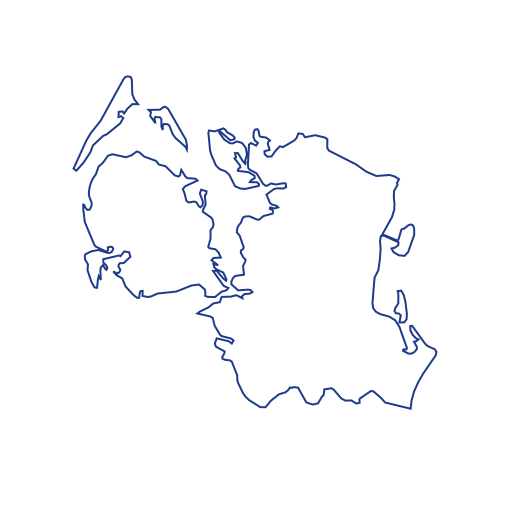 outline of Syddanmark, rotated 193°
{"feature_id": "DNK-3417", "entity_name": "Syddanmark", "entity_type": "Region", "adm_level": 1, "iso_a3": "DNK", "parent_name": "Denmark", "parent_adm1": "", "projection": "albers", "projection_center": [9.703, 55.339], "detail": "fine", "context": "isolated", "style": "outline", "palette": "blue", "viewbox_px": 512, "rotation_deg": 193, "n_neighbors": 0, "source": "natural_earth", "source_scale": "10m", "svg_char_len": 6140}
<svg xmlns="http://www.w3.org/2000/svg" viewBox="0 0 512 512"><g transform="rotate(193 256 256)"><path d="M225.5,387.0L215.3,386.9L212.8,385.9L210.8,377.1L208.4,375.0L178.9,367.7L167.9,363.1L156.8,361.0L144.0,365.0L138.8,364.7L133.9,363.0L135.1,358.9L134.1,357.2L136.1,350.5L135.0,344.4L132.9,338.3L131.7,332.1L132.3,324.3L137.7,305.6L121.4,302.8L120.8,304.8L120.3,314.2L119.4,315.4L118.1,315.7L114.3,320.4L112.1,321.6L110.0,321.1L108.1,318.4L106.6,312.3L108.6,294.3L111.2,289.6L117.0,288.8L122.8,290.7L125.7,293.8L122.3,295.5L119.8,298.6L120.2,301.4L136.0,304.6L138.8,303.5L138.6,298.9L136.1,290.6L134.5,280.2L133.6,269.8L135.6,261.5L131.9,236.1L130.0,231.4L126.6,228.6L121.6,227.3L112.5,226.9L105.9,224.7L100.4,219.3L88.3,200.4L88.4,198.7L91.3,198.2L91.4,196.7L85.6,195.2L82.5,195.9L80.1,198.0L78.4,201.3L78.8,203.6L82.8,208.1L80.7,209.0L78.9,211.3L82.0,212.0L85.7,214.5L88.8,218.2L90.0,222.4L88.2,223.1L72.0,209.0L68.7,206.9L60.7,205.3L58.6,203.1L58.6,199.5L66.7,178.9L69.5,169.6L71.5,159.6L71.9,149.8L71.0,142.0L97.3,142.3L101.5,145.4L111.3,150.6L113.8,150.2L122.6,140.6L123.0,139.5L122.0,136.4L124.9,134.8L130.5,136.7L136.5,135.2L140.9,136.4L150.4,143.4L152.8,144.1L159.4,141.4L158.8,135.7L160.2,133.5L162.4,126.4L167.4,124.0L174.1,124.7L185.4,137.2L190.1,136.7L191.5,135.4L193.3,135.6L194.5,132.6L196.5,129.9L202.5,126.4L208.9,118.4L212.7,110.8L217.8,109.7L230.5,114.1L234.8,116.8L238.2,119.9L245.1,128.6L246.1,130.4L247.6,135.7L255.9,147.7L258.1,148.4L262.9,147.9L265.5,148.4L266.2,149.8L264.9,154.2L265.1,156.0L274.2,158.5L275.7,160.0L276.4,162.0L275.7,166.9L263.1,166.8L259.9,165.2L258.9,168.7L261.8,170.0L271.6,170.2L273.4,171.3L280.5,178.6L284.3,186.0L287.1,186.8L300.2,186.8L297.9,189.5L290.8,195.2L287.0,200.1L280.8,202.9L280.5,207.4L280.0,208.5L271.4,210.7L266.3,213.4L259.8,211.8L260.7,213.4L258.7,216.3L253.6,217.9L251.3,220.1L253.7,221.6L256.3,221.4L265.7,218.5L273.6,222.9L274.2,225.6L273.6,228.9L272.0,231.8L263.5,235.1L266.4,243.4L265.2,248.3L265.4,250.1L268.2,251.9L271.5,255.7L271.9,258.1L270.0,260.0L270.0,261.8L276.6,272.3L279.9,274.6L280.5,278.6L280.0,281.4L278.1,285.3L277.7,289.2L276.9,291.0L275.1,292.2L271.0,293.2L262.9,291.7L261.0,292.2L257.7,296.6L249.4,301.0L249.4,303.1L250.6,304.9L253.0,304.9L253.0,306.6L248.9,306.4L245.3,308.4L246.7,309.4L252.4,309.9L254.3,310.8L259.6,318.2L253.6,325.2L251.0,326.6L244.6,327.9L242.1,329.8L243.3,333.2L245.0,333.3L252.9,330.1L257.6,330.1L260.8,327.1L262.4,326.6L265.4,327.9L273.9,336.6L281.5,338.7L283.4,340.1L284.5,343.6L287.9,363.1L286.3,364.9L280.7,363.6L279.6,366.6L283.0,368.2L285.3,371.4L286.1,376.3L285.5,378.8L283.4,379.9L281.8,378.8L279.8,374.3L278.6,373.2L272.8,373.7L268.4,371.7L269.7,369.8L269.9,368.3L266.6,362.4L271.3,360.0L270.5,357.2L267.2,355.3L263.3,356.5L260.6,362.9L257.5,368.2L254.2,368.2L245.0,376.8L243.1,379.8L242.3,385.0L237.8,385.4L235.0,382.7L225.5,387.0ZM418.9,322.8L404.9,323.0L399.9,326.1L395.7,331.0L392.8,330.7L387.3,327.7L374.9,326.2L371.2,323.3L364.3,323.1L353.3,316.3L349.3,316.0L348.2,317.8L348.2,323.1L342.8,317.7L340.5,316.4L332.4,317.7L329.9,316.4L340.5,308.2L342.4,304.7L339.9,301.3L336.3,294.2L333.7,293.0L328.4,295.2L326.1,294.9L323.0,291.7L321.2,290.9L319.5,293.1L319.9,296.9L324.8,304.3L324.3,308.3L318.7,307.9L318.5,304.9L319.3,304.1L319.1,302.0L317.1,296.6L316.8,294.0L318.0,289.1L317.8,287.2L308.4,283.4L306.8,282.1L304.5,277.4L304.5,274.4L306.1,270.9L304.2,262.6L304.6,254.2L303.2,253.1L297.0,253.4L293.2,250.9L289.9,246.6L297.0,244.5L298.4,241.8L290.9,238.5L295.6,238.5L294.1,235.6L291.6,234.1L284.2,232.5L279.6,226.7L279.6,225.2L283.2,226.9L291.0,232.8L294.5,231.8L280.9,219.7L275.8,218.6L276.9,216.1L281.5,213.5L286.7,206.8L294.1,205.3L296.6,205.8L297.1,209.1L298.3,211.8L305.0,215.4L312.1,212.8L325.7,203.4L343.4,197.3L349.4,192.8L352.8,191.6L357.6,191.6L358.6,196.5L360.5,195.8L361.0,194.0L360.5,189.0L362.4,188.5L366.6,190.4L376.2,196.9L381.3,204.1L387.4,205.9L391.6,208.8L387.2,207.9L385.6,209.2L385.0,212.0L387.6,214.7L387.9,216.2L387.2,218.2L383.2,219.5L378.2,227.0L380.5,231.1L385.4,230.8L388.0,225.3L389.6,225.7L404.1,218.5L403.2,215.2L400.0,213.3L398.2,211.1L398.6,208.9L400.3,209.7L403.0,212.7L404.7,209.9L404.2,206.1L401.8,197.7L404.7,201.0L404.7,196.9L403.7,189.3L406.3,189.1L410.4,193.6L417.0,204.3L417.8,210.0L421.8,214.2L422.8,217.5L422.5,219.5L417.3,223.6L410.9,226.4L401.4,225.7L399.0,226.2L397.4,227.7L396.7,230.8L398.0,232.3L400.2,232.3L402.3,231.1L401.5,229.0L402.4,226.5L414.5,229.2L416.5,231.1L430.5,250.7L435.0,263.2L435.9,267.2L434.9,267.2L433.2,264.7L430.7,263.0L428.4,263.8L427.5,268.1L428.3,271.1L432.1,276.9L433.2,280.5L433.6,285.7L433.3,290.6L432.4,294.7L430.4,299.7L429.5,307.6L426.2,312.3L422.8,320.4L418.9,322.8ZM322.5,344.8L324.5,348.6L330.1,365.3L330.0,367.7L324.1,368.2L316.5,373.0L314.5,372.3L312.2,370.2L305.8,368.2L303.4,366.6L303.4,364.9L307.1,363.0L319.8,369.8L319.8,368.2L313.1,362.3L306.8,360.0L303.9,360.5L300.5,363.3L295.1,363.0L290.4,359.2L287.6,352.8L288.1,344.9L287.2,344.9L287.2,343.4L290.3,345.5L296.8,352.2L299.6,351.5L297.6,347.4L298.9,346.2L292.1,340.8L291.2,338.9L292.9,336.6L292.9,334.9L281.9,336.0L275.5,333.8L274.7,331.6L277.9,328.6L278.6,326.6L271.5,328.1L269.1,326.6L269.1,324.9L281.4,319.0L286.3,318.2L292.1,319.3L300.4,329.2L304.8,331.6L311.0,332.5L315.4,335.2L322.5,344.8ZM439.8,327.0L440.6,320.1L445.1,308.0L450.3,298.7L453.4,300.1L447.3,330.2L444.8,338.2L437.8,352.9L425.0,398.0L423.6,401.0L421.7,402.1L418.4,402.3L416.7,400.0L412.9,385.7L409.5,381.0L405.1,377.4L410.6,376.2L414.5,370.5L416.6,365.2L418.6,366.8L422.2,365.6L421.2,360.4L418.8,361.9L416.3,360.5L418.2,354.6L428.7,341.1L432.0,338.6L439.8,327.0ZM383.8,362.7L390.7,368.8L390.7,372.6L393.5,374.2L382.6,376.9L379.6,380.3L377.9,381.0L374.7,379.6L350.4,353.4L348.1,348.0L347.3,344.2L349.3,346.5L361.2,353.0L364.7,356.1L369.8,363.6L371.8,364.5L375.6,363.9L376.2,361.9L375.2,357.8L377.2,360.7L379.0,368.0L380.5,369.4L385.4,368.9L385.8,366.9L383.8,362.7ZM110.1,253.6L106.7,254.9L103.1,251.0L100.1,245.0L95.9,233.4L95.1,228.1L96.6,224.7L101.3,223.5L101.6,230.8L103.9,232.1L106.7,231.6L108.7,233.6L108.6,236.5L106.7,241.9L108.9,251.5L110.1,253.6Z" fill="none" stroke="#1e3a8a" stroke-width="2"/></g></svg>